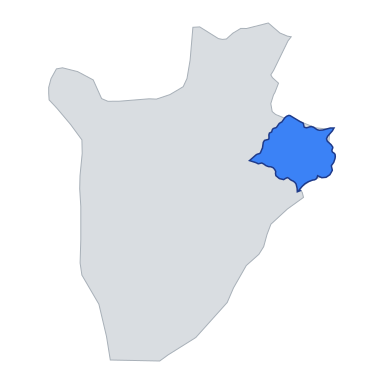 Burundi, with Cankuzo highlighted
{"feature_id": "BDI-2632", "entity_name": "Cankuzo", "entity_type": "Province", "adm_level": 1, "iso_a3": "BDI", "parent_name": "Burundi", "parent_adm1": "", "projection": "albers", "projection_center": [30.587, -3.141], "detail": "fine", "context": "in_parent", "style": "filled", "palette": "blue", "viewbox_px": 384, "rotation_deg": 0, "n_neighbors": 0, "source": "natural_earth", "source_scale": "10m", "svg_char_len": 2324}
<svg xmlns="http://www.w3.org/2000/svg" viewBox="0 0 384 384"><path d="M291.2,36.8L288.0,40.9L273.6,70.4L270.8,74.9L272.4,77.6L278.5,83.2L274.9,92.5L273.5,94.9L270.8,103.6L272.2,111.6L275.7,114.5L285.1,118.4L299.1,121.2L315.7,127.8L326.9,129.0L329.5,133.8L328.9,142.3L331.7,149.7L331.8,163.0L328.4,174.7L311.3,180.1L302.6,186.1L300.2,189.1L302.3,192.6L303.5,197.4L287.4,209.0L270.9,224.2L267.0,234.5L263.7,246.6L258.9,254.3L246.3,265.5L233.5,287.9L227.2,302.5L195.8,337.5L167.9,355.0L159.7,361.0L110.3,360.0L106.5,336.4L98.9,304.2L81.9,275.1L80.1,263.0L80.8,239.5L80.8,206.5L79.7,188.8L80.0,175.9L82.2,153.4L81.9,139.9L70.6,124.5L56.7,108.0L49.1,99.9L48.7,93.4L48.7,87.4L51.0,78.7L56.4,68.9L62.5,67.8L77.6,71.6L93.2,79.9L101.6,98.6L107.9,101.3L119.5,101.2L149.1,98.8L156.4,99.1L169.9,94.6L183.2,86.7L187.0,78.5L190.1,60.2L192.9,27.3L199.7,26.9L218.4,38.6L222.4,39.4L226.4,39.0L232.8,33.2L240.8,28.4L246.6,28.5L268.3,23.0L279.9,33.0L287.3,36.1L291.2,36.8Z" fill="#d9dde1" stroke="#a8b0b8" stroke-width="1"/><path d="M280.9,122.4L280.9,122.5L281.7,122.1L284.8,117.8L286.6,116.3L288.8,115.4L290.1,115.6L300.4,121.8L302.4,122.7L303.1,123.1L303.5,124.1L304.0,126.6L304.4,127.3L306.5,127.8L308.1,127.4L309.7,126.8L311.6,126.6L313.6,127.3L317.2,129.7L319.3,130.3L322.9,130.0L330.3,128.0L334.0,128.0L332.9,129.9L332.5,130.7L327.6,136.3L326.5,138.8L327.3,141.2L331.2,144.8L332.7,147.0L332.8,147.8L332.0,149.9L331.9,150.8L332.4,152.0L334.5,153.5L335.1,154.6L335.3,156.6L335.0,158.6L333.7,162.4L331.4,165.6L331.5,166.7L332.2,169.5L332.3,170.4L329.9,174.7L326.1,177.3L321.8,177.7L317.6,175.7L317.1,177.5L316.1,179.0L314.6,179.8L312.6,180.1L308.3,181.7L304.8,183.8L301.9,186.6L299.0,190.1L300.1,190.7L297.3,191.8L297.1,188.2L296.1,184.1L294.9,182.4L293.2,181.1L291.6,180.4L290.1,179.5L288.9,178.3L287.3,177.6L285.4,178.5L283.7,179.6L279.4,178.6L275.9,175.7L275.5,173.6L275.7,171.4L274.7,169.5L273.3,167.8L271.0,166.8L268.4,166.6L265.9,165.6L263.7,164.0L261.8,163.0L258.2,163.8L256.9,163.1L255.5,162.5L249.5,160.6L256.0,154.9L257.2,154.2L259.4,153.6L260.4,152.8L262.2,148.5L262.4,148.4L263.3,142.3L264.5,140.4L268.6,139.3L269.0,138.2L268.9,134.9L269.4,133.1L270.5,132.5L271.6,132.0L272.4,129.5L273.2,128.6L274.4,128.1L275.8,127.8L276.7,127.1L279.2,123.5L280.8,122.4L280.9,122.4Z" fill="#3b82f6" stroke="#1e3a8a" stroke-width="1.5"/></svg>